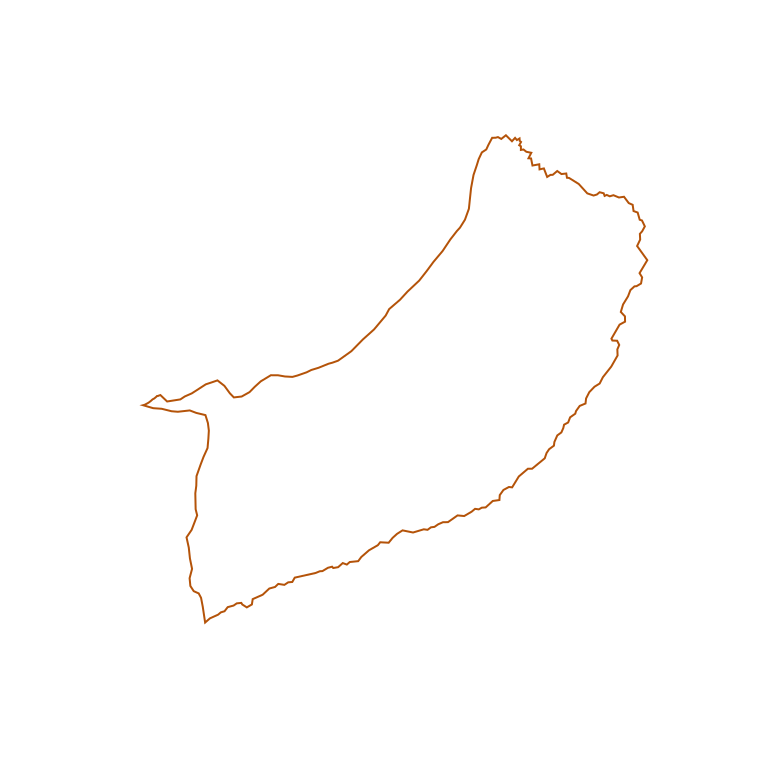 Baney, Bioko Norte, Equatorial Guinea, rotated 40°
{"feature_id": "11065452B68125244133984", "entity_name": "Baney", "entity_type": "district", "adm_level": 2, "iso_a3": "GNQ", "parent_name": "Equatorial Guinea", "parent_adm1": "Bioko Norte", "projection": "equal_earth", "projection_center": [8.855, 3.645], "detail": "fine", "context": "isolated", "style": "outline", "palette": "amber", "viewbox_px": 768, "rotation_deg": 40, "n_neighbors": 0, "source": "geoboundaries", "source_scale": "gbopen_adm2", "svg_char_len": 3186}
<svg xmlns="http://www.w3.org/2000/svg" viewBox="0 0 768 768"><g transform="rotate(40 384 384)"><path d="M213.1,555.1L222.7,550.9L229.6,545.9L238.8,541.4L243.9,537.8L252.2,529.1L258.8,526.8L267.2,522.6L274.2,527.1L279.8,532.3L284.7,538.9L290.0,546.5L292.6,555.8L295.2,563.3L299.6,575.1L305.6,582.6L309.7,589.0L320.2,601.0L325.3,604.7L327.4,610.7L330.4,619.4L331.3,628.4L339.6,634.8L347.5,642.4L355.8,649.0L359.9,657.7L365.5,663.2L371.4,665.0L375.7,663.8L376.6,663.5L381.3,665.4L388.3,671.1L400.3,681.7L401.3,675.4L405.2,667.3L405.8,663.8L407.9,660.6L407.7,655.4L411.2,650.4L412.2,646.7L415.4,643.4L417.1,644.0L422.5,643.3L424.5,637.8L421.7,633.2L426.5,623.4L427.6,614.4L431.0,609.5L431.5,605.1L436.8,601.9L438.1,597.5L441.0,594.6L440.1,589.7L453.1,572.7L455.2,568.7L457.1,566.9L459.2,560.8L461.7,557.3L463.4,557.6L466.6,553.8L467.5,547.7L471.6,546.2L472.2,542.4L478.1,536.3L477.8,531.1L479.4,521.0L482.9,511.4L482.8,507.7L489.6,502.6L489.5,496.3L490.3,490.5L492.3,484.2L501.7,479.1L507.9,469.7L511.1,467.7L512.1,463.6L514.5,461.0L515.7,456.6L518.0,452.0L521.8,448.7L524.8,437.4L530.3,433.6L533.2,425.5L534.0,421.1L537.2,419.1L538.4,415.9L541.2,413.2L542.5,403.7L547.0,398.7L544.1,394.7L543.6,388.4L545.9,382.6L548.6,380.8L546.7,368.2L548.7,356.4L551.9,353.7L554.9,337.6L552.9,332.4L552.4,327.8L553.8,322.0L551.8,318.9L549.8,312.0L551.0,307.1L549.7,302.6L548.1,299.4L549.8,295.1L548.0,289.9L549.6,283.8L548.5,281.3L548.0,275.0L550.9,269.4L548.1,265.2L546.5,258.3L547.0,250.8L548.9,245.0L547.3,238.1L546.9,224.6L544.6,212.0L540.5,207.5L539.1,202.9L534.8,201.0L531.0,203.9L529.1,203.1L526.3,187.1L528.6,181.3L525.1,177.3L519.1,176.6L516.0,169.4L514.6,160.0L512.4,153.7L513.1,148.2L514.6,146.7L516.3,141.8L513.2,136.4L508.5,134.8L506.1,119.9L489.2,115.6L487.4,108.7L483.5,104.5L483.6,101.1L482.5,95.6L476.5,92.9L474.3,93.8L468.1,89.6L464.0,91.1L459.3,86.9L455.2,88.1L447.5,86.3L444.1,90.1L438.4,91.9L436.3,95.1L433.1,96.0L432.1,98.1L429.7,96.7L425.9,98.5L425.3,102.0L423.4,104.9L417.2,107.3L404.6,105.6L393.3,107.2L391.6,108.4L388.3,105.6L385.0,109.1L379.8,109.5L378.8,115.3L377.1,116.8L375.9,120.5L367.9,116.1L365.2,119.6L361.7,115.9L357.3,121.2L351.7,116.7L349.6,118.2L348.2,112.2L343.8,114.6L340.1,114.7L338.4,116.7L336.1,113.9L334.1,114.2L333.4,110.5L331.7,110.5L330.0,108.8L329.0,111.7L326.2,111.2L326.0,115.8L317.5,115.1L316.3,120.9L312.6,121.6L311.2,123.6L308.6,125.9L310.3,133.8L311.6,138.6L310.1,143.7L312.0,150.9L314.4,156.6L318.2,166.3L324.8,178.0L329.5,185.0L336.4,195.2L340.4,206.1L341.7,215.4L341.5,219.9L341.9,230.7L343.4,244.3L343.4,258.7L344.1,270.1L344.5,282.2L342.6,298.1L342.1,309.2L339.8,323.3L341.3,330.5L341.3,348.6L339.2,363.3L337.9,379.8L333.8,395.7L330.8,400.8L328.5,404.1L323.4,413.7L319.3,420.0L317.2,424.8L312.2,433.2L309.3,437.4L303.3,441.9L297.1,445.5L291.7,450.0L287.9,461.1L286.8,469.2L286.2,476.7L283.0,485.1L277.6,490.8L271.9,490.2L262.9,488.0L254.1,488.3L251.4,492.8L247.7,498.8L242.8,514.7L239.4,521.6L237.9,526.7L234.5,530.6L229.1,536.8L219.8,536.2L218.9,537.7L218.7,538.2L217.8,539.2L217.8,540.0L217.3,542.8L216.6,544.5L216.3,546.7L215.8,549.1L215.3,550.6L214.5,552.6L214.0,553.8L213.1,555.1Z" fill="none" stroke="#b45309" stroke-width="2"/></g></svg>